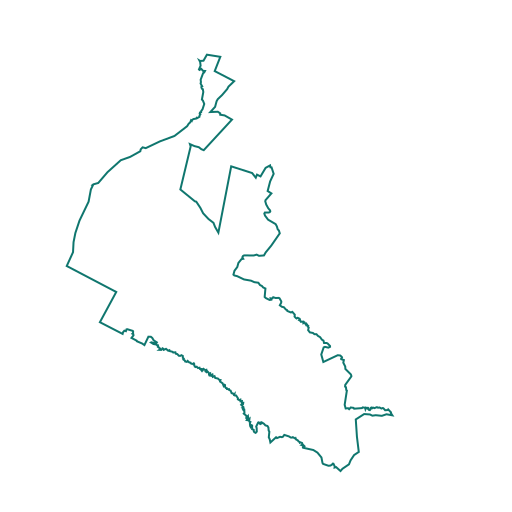 outline of Villa del Carbón, México, Mexico, rotated 108°
{"feature_id": "50627088B23542749511930", "entity_name": "Villa del Carbón", "entity_type": "district", "adm_level": 2, "iso_a3": "MEX", "parent_name": "Mexico", "parent_adm1": "México", "projection": "albers", "projection_center": [-99.483, 19.744], "detail": "fine", "context": "isolated", "style": "outline", "palette": "teal", "viewbox_px": 512, "rotation_deg": 108, "n_neighbors": 0, "source": "geoboundaries", "source_scale": "gbopen_adm2", "svg_char_len": 6127}
<svg xmlns="http://www.w3.org/2000/svg" viewBox="0 0 512 512"><g transform="rotate(108 256 256)"><path d="M165.5,270.6L169.2,274.1L178.9,276.3L178.3,280.2L181.6,280.4L178.3,285.3L178.4,307.3L245.4,299.0L241.0,303.9L237.6,306.7L235.5,312.6L231.7,319.5L227.4,323.8L222.8,329.6L222.9,331.0L216.1,348.5L172.0,352.0L170.0,353.4L170.5,348.5L170.2,344.0L171.3,341.0L171.5,338.4L133.7,321.0L132.0,329.3L132.7,333.7L131.4,334.1L130.6,336.9L133.2,343.9L126.8,341.0L120.9,341.3L118.6,340.8L113.4,338.0L106.2,335.0L103.4,334.5L96.5,330.8L92.9,352.4L77.6,351.5L79.7,364.9L86.5,366.3L87.8,369.4L87.6,370.2L88.7,369.1L92.1,367.5L96.2,367.9L96.5,367.2L94.9,365.9L96.3,363.6L95.8,361.7L97.5,362.0L98.4,362.8L105.5,363.1L107.6,362.1L109.1,362.0L111.1,359.8L111.4,360.3L112.6,360.0L113.7,359.0L113.8,358.1L116.3,356.8L123.9,355.8L124.6,354.5L127.4,352.2L133.0,352.2L135.0,352.9L136.2,352.6L136.8,353.6L137.9,353.6L138.6,352.7L139.7,353.1L141.1,352.8L143.1,354.6L142.9,355.1L143.8,355.4L145.1,357.8L146.2,358.7L147.4,358.8L147.0,359.7L149.3,359.9L151.0,360.9L153.8,361.6L167.0,370.6L176.6,382.7L187.5,394.2L187.7,397.4L190.2,398.6L192.1,398.4L200.6,406.3L206.7,414.2L222.1,423.1L235.3,428.6L238.1,432.8L239.2,433.5L239.3,433.0L243.7,433.6L256.1,432.0L276.9,434.8L289.9,434.9L299.2,433.8L308.9,431.2L324.0,432.9L333.4,377.8L367.2,384.0L371.3,358.8L369.6,358.9L367.7,358.1L367.7,356.5L365.8,356.5L365.4,355.8L365.3,350.1L365.6,349.6L367.4,349.1L368.1,349.5L368.3,348.5L369.3,348.0L372.4,349.1L373.4,343.3L373.9,343.0L374.4,337.3L375.2,334.6L366.0,333.4L365.3,331.0L366.0,329.3L367.8,327.3L368.8,323.6L369.5,323.8L370.3,325.9L370.4,328.8L370.7,329.1L371.4,326.4L371.0,323.3L371.7,322.1L371.3,321.7L372.2,321.0L372.8,321.1L373.6,318.7L374.4,318.4L375.1,318.9L374.5,316.9L372.7,316.4L372.9,315.4L373.7,314.7L372.1,312.9L373.2,310.3L372.4,309.3L373.1,308.9L372.9,305.7L373.4,304.9L372.5,302.9L373.7,302.1L373.6,300.5L374.7,298.6L374.4,297.2L373.4,296.3L373.7,294.7L375.5,294.1L375.9,293.0L376.9,293.1L377.4,291.3L378.2,290.8L378.1,289.1L376.9,288.6L377.8,286.9L377.7,285.3L378.2,285.0L378.4,284.1L378.0,282.4L377.3,282.0L377.7,281.5L378.6,281.6L378.9,280.8L380.1,280.1L380.3,279.1L379.6,278.2L380.5,276.6L379.7,275.2L380.7,274.5L380.4,273.2L381.0,273.4L381.8,272.2L380.8,272.2L381.2,271.4L379.6,271.0L380.3,268.8L379.6,268.0L380.6,267.4L381.5,268.0L381.8,266.9L380.8,266.4L381.8,264.6L382.9,264.2L382.0,263.4L383.7,263.0L382.7,261.7L383.8,261.8L383.7,260.7L383.0,260.4L384.3,259.7L383.1,258.3L384.6,257.1L384.3,254.4L385.3,252.3L385.0,251.5L386.5,251.4L387.4,248.4L389.6,246.6L388.2,246.1L388.3,245.6L390.0,245.0L390.9,243.8L390.7,243.0L391.5,242.5L391.0,240.5L391.7,240.2L391.9,238.5L394.0,236.8L393.8,235.6L394.7,234.2L394.1,233.9L395.1,233.8L395.2,233.2L394.8,231.8L396.9,229.2L397.9,229.0L398.2,227.5L397.4,226.5L398.9,225.9L398.3,224.6L399.6,224.3L399.5,223.4L400.3,223.1L400.0,222.7L400.7,222.6L400.9,223.5L402.1,224.1L403.5,221.3L404.1,221.0L404.7,221.8L405.3,220.4L406.1,220.8L406.6,220.0L406.2,219.5L408.8,218.5L409.7,218.9L411.0,215.6L413.0,215.2L412.9,214.7L410.9,214.1L412.1,213.5L414.9,214.1L414.7,212.9L413.0,211.9L415.1,211.5L415.7,210.9L415.6,210.1L417.4,210.0L419.5,209.0L420.2,208.3L418.3,207.9L418.4,207.3L421.9,206.2L422.0,204.5L423.6,203.8L424.1,203.0L424.3,201.7L422.8,201.0L419.4,202.2L418.2,203.1L413.7,202.5L413.4,202.1L414.1,201.0L413.7,200.7L414.4,199.9L413.7,199.2L412.9,200.1L412.4,199.4L413.1,196.6L414.2,194.7L414.1,192.6L415.3,191.2L418.1,190.0L419.0,189.0L424.5,187.8L426.1,186.3L428.9,184.7L422.2,180.9L422.7,179.8L420.5,177.2L420.3,175.4L419.5,174.5L417.4,173.8L417.4,168.9L417.9,166.9L417.6,165.6L416.9,165.0L417.5,162.2L417.1,162.0L418.1,161.2L418.4,159.3L419.2,158.3L419.4,156.9L420.0,156.6L419.5,156.0L419.6,154.4L420.8,153.5L421.7,154.2L421.7,153.4L421.0,153.0L421.9,151.2L423.4,152.3L423.8,152.0L422.8,141.5L424.0,136.8L427.4,131.5L432.3,128.8L433.0,127.9L433.1,122.3L432.4,120.6L431.2,119.4L429.7,118.8L429.6,118.2L431.8,116.1L432.9,115.9L432.0,114.6L434.4,109.2L431.6,108.0L425.4,103.2L421.1,102.9L415.0,101.2L410.6,97.7L396.6,104.2L380.6,110.6L372.9,104.3L371.5,98.7L371.9,96.0L370.4,92.9L369.1,86.9L366.2,83.0L365.4,77.1L363.7,79.2L363.0,79.3L361.1,82.8L361.7,82.9L362.8,85.5L361.5,87.7L361.4,88.4L362.3,89.6L361.9,91.7L362.6,93.1L362.4,94.3L364.1,96.4L364.0,97.9L364.9,98.5L364.5,99.5L365.2,100.0L366.4,99.7L367.4,100.1L367.4,101.2L365.8,102.5L365.9,102.9L366.7,102.7L366.3,104.5L367.8,104.6L366.6,105.4L367.0,107.7L367.9,108.2L370.9,115.5L370.3,116.3L370.8,119.1L372.9,120.1L372.3,121.4L373.3,123.6L370.1,125.7L355.9,128.0L355.6,128.7L353.0,129.9L352.7,130.9L351.0,131.3L341.0,128.1L340.5,128.3L339.3,129.2L335.8,136.1L333.5,137.0L330.5,140.0L327.8,140.3L327.8,143.1L327.4,143.3L326.0,142.8L325.4,143.3L324.6,145.2L325.1,147.6L336.0,159.2L329.5,163.5L322.0,163.4L321.1,162.3L320.8,158.9L319.5,157.5L318.7,157.8L317.1,160.8L316.9,161.9L317.7,164.4L315.6,165.7L315.2,167.5L313.4,169.9L312.8,172.5L311.7,174.3L312.3,176.3L311.6,178.1L312.0,181.2L310.4,183.5L307.7,183.8L307.1,185.1L306.3,184.9L306.0,186.1L305.4,186.2L305.1,186.9L305.5,187.1L304.9,187.4L305.4,187.9L304.2,189.3L305.2,190.2L303.8,190.8L304.7,193.0L304.0,193.6L303.7,195.1L302.8,194.6L302.2,195.1L301.9,197.3L302.9,198.1L302.6,199.0L301.7,200.6L299.8,201.0L297.9,204.2L298.9,205.3L298.6,209.2L297.8,209.9L297.7,211.0L296.1,213.7L296.3,215.7L295.5,218.1L292.7,217.6L291.4,217.9L289.0,220.5L288.8,221.4L289.9,224.4L289.9,226.9L291.3,227.3L291.7,229.0L292.9,228.1L293.6,229.5L293.0,233.6L292.3,235.1L284.0,237.0L283.7,239.5L282.7,241.1L282.4,243.2L280.7,245.5L281.4,249.5L281.0,253.1L282.0,260.2L281.0,267.6L281.2,270.6L280.7,271.7L276.6,271.9L272.3,270.4L268.0,270.6L263.4,268.8L262.6,267.3L261.4,268.6L260.1,268.4L259.1,267.5L256.2,258.3L254.5,255.8L254.9,253.2L253.0,248.6L249.6,247.9L241.4,244.7L227.1,240.4L224.7,242.1L223.9,243.6L221.4,245.3L219.6,247.2L217.7,255.8L214.8,259.9L213.1,261.2L211.9,261.0L210.8,257.5L210.1,256.5L209.2,256.2L208.3,256.7L206.8,259.1L203.9,262.2L201.1,264.1L199.9,264.2L191.7,260.7L190.6,265.0L180.7,265.6L172.4,264.6L166.9,268.6L167.2,269.7L165.5,270.6Z" fill="none" stroke="#0f766e" stroke-width="2"/></g></svg>